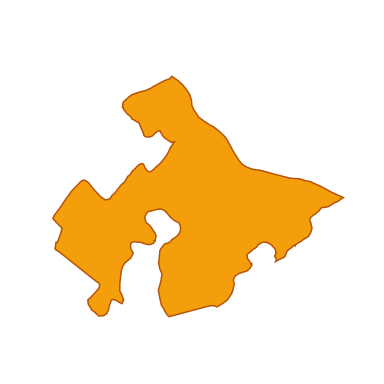 Al-Rahmaniyya, Al Buhayrah, Egypt, rotated 347°
{"feature_id": "37247803B62002284809719", "entity_name": "Al-Rahmaniyya", "entity_type": "district", "adm_level": 2, "iso_a3": "EGY", "parent_name": "Egypt", "parent_adm1": "Al Buhayrah", "projection": "albers", "projection_center": [30.587, 31.107], "detail": "fine", "context": "isolated", "style": "filled", "palette": "amber", "viewbox_px": 384, "rotation_deg": 347, "n_neighbors": 0, "source": "geoboundaries", "source_scale": "gbopen_adm2", "svg_char_len": 6019}
<svg xmlns="http://www.w3.org/2000/svg" viewBox="0 0 384 384"><g transform="rotate(347 192 192)"><path d="M50.5,186.4L52.3,189.8L53.0,191.1L54.6,193.7L56.7,197.1L57.3,198.2L55.6,201.1L54.6,203.2L53.1,205.5L52.6,206.1L50.7,209.0L49.5,210.7L48.2,210.3L47.4,212.6L45.7,216.6L47.1,218.6L48.0,219.3L49.0,220.4L49.5,221.0L50.2,221.9L51.3,223.2L52.9,225.2L55.7,228.8L59.1,233.1L60.8,235.2L64.6,240.0L70.3,247.2L72.3,249.7L75.7,253.9L79.0,258.1L79.4,258.4L80.4,259.3L81.1,261.2L81.0,261.9L80.7,262.9L80.1,264.4L79.7,264.6L78.4,265.7L76.8,266.9L74.9,268.3L73.9,268.9L73.2,269.4L71.9,270.3L70.1,271.6L66.2,273.7L65.7,277.8L66.8,281.2L67.7,284.3L69.8,286.7L73.4,292.0L78.3,292.6L81.8,291.2L82.3,290.0L82.8,289.5L83.4,289.1L83.7,288.6L84.1,288.2L85.1,286.0L85.6,284.4L86.8,282.9L87.2,282.3L87.5,281.6L88.2,280.3L90.4,278.7L93.5,280.3L95.8,282.7L98.6,285.0L99.5,283.9L100.0,283.2L101.1,281.7L100.6,277.1L99.4,271.8L99.9,270.1L101.0,265.3L102.0,262.3L103.6,258.0L105.4,252.9L107.6,249.0L111.0,245.8L117.2,242.8L121.0,238.4L119.5,233.3L120.7,228.2L122.5,227.7L123.6,227.3L125.1,227.6L127.1,228.4L131.6,229.9L132.0,230.3L133.0,231.1L134.6,231.8L135.6,232.5L138.4,233.7L139.8,233.8L141.4,233.5L143.1,233.2L144.1,231.1L145.0,231.7L145.5,230.6L146.1,228.8L147.1,226.8L146.9,225.0L146.9,224.3L146.0,221.8L144.3,217.3L143.0,214.6L141.7,213.0L140.5,211.7L140.3,210.1L140.2,208.7L140.3,207.5L140.4,206.0L140.6,205.5L141.2,204.4L143.8,201.9L145.1,201.1L147.2,201.3L148.6,201.3L149.1,201.3L150.9,201.2L152.5,201.1L153.1,201.1L155.3,201.0L155.9,201.2L157.9,201.7L158.8,202.1L159.5,202.7L160.8,203.7L162.2,205.7L163.9,208.8L164.3,209.5L164.7,210.5L165.1,211.5L168.1,215.4L168.9,216.4L170.5,217.5L171.5,218.2L171.9,218.8L172.4,219.8L173.0,221.7L172.8,224.7L172.4,225.2L171.9,227.2L170.9,228.6L170.4,229.2L169.5,230.2L169.0,230.5L167.0,231.8L166.6,232.0L163.9,233.0L162.0,233.7L160.6,234.8L158.8,235.9L157.6,236.1L153.3,236.6L152.1,237.6L150.1,239.2L147.6,241.7L146.9,243.8L146.0,246.3L144.7,250.3L144.2,251.7L143.6,253.4L143.5,255.3L143.4,257.8L143.4,259.9L143.7,261.7L144.1,263.8L144.4,265.1L143.4,267.5L141.5,272.2L137.2,279.9L136.9,285.6L136.7,289.6L136.8,295.8L138.1,299.3L138.9,302.6L139.9,305.4L141.5,308.3L182.3,306.9L183.1,307.0L183.8,307.0L184.6,307.1L186.6,307.4L187.5,307.7L188.5,308.1L190.0,309.4L191.5,309.3L193.4,308.5L195.5,307.9L197.1,307.5L202.5,304.9L207.2,300.4L209.4,297.5L212.4,291.3L212.6,286.8L214.8,283.8L219.5,281.9L227.9,281.3L229.5,280.4L231.1,279.5L233.1,277.5L233.8,276.9L234.1,274.9L233.2,275.4L232.9,274.4L232.8,273.9L232.3,272.4L232.2,271.4L231.1,269.3L231.0,268.8L231.4,266.7L231.4,265.9L231.6,265.4L232.7,264.7L233.7,264.2L234.4,263.9L235.5,263.4L236.7,262.9L237.8,262.2L239.1,261.6L240.2,261.2L241.1,260.8L242.2,260.4L243.2,259.4L244.2,258.7L244.7,258.2L245.5,258.0L246.4,257.9L247.1,257.4L248.8,256.9L250.9,257.1L252.5,257.4L254.3,258.5L255.1,259.2L256.8,260.7L257.3,261.1L259.1,264.3L260.1,266.5L260.3,268.3L260.2,269.2L260.1,270.2L260.1,270.7L259.4,271.4L258.7,272.3L258.2,272.8L258.0,273.3L258.4,274.4L259.0,276.1L259.2,276.7L257.8,278.5L261.4,277.6L267.6,276.1L270.6,272.1L271.1,271.3L271.5,270.8L273.2,270.0L273.9,269.5L274.6,269.3L275.4,269.0L276.1,268.8L277.4,268.1L278.0,267.7L279.4,266.8L280.4,267.8L281.1,266.7L282.6,266.0L283.5,265.7L284.3,265.4L285.3,265.2L286.2,265.0L286.9,264.6L287.6,264.3L288.3,264.0L290.1,263.2L293.6,262.2L295.0,261.8L296.5,260.3L298.3,258.6L299.3,256.8L300.2,255.3L300.8,254.0L300.8,251.7L300.8,248.3L300.3,245.7L300.7,244.6L302.9,242.9L305.7,241.6L307.2,241.3L309.1,240.2L311.5,238.9L314.9,236.3L318.1,236.9L319.9,236.9L321.7,236.9L324.0,236.1L325.0,235.8L326.4,235.2L327.2,234.9L327.9,234.7L329.3,234.4L331.9,234.0L333.8,233.2L335.2,232.5L337.8,231.7L338.3,231.5L328.6,224.2L318.4,215.2L309.1,208.2L304.2,206.1L300.4,203.6L290.7,200.6L280.7,195.5L273.0,191.4L263.8,186.4L256.4,183.6L251.1,180.2L247.5,176.8L245.2,172.5L241.8,163.2L237.6,148.1L236.2,145.1L232.5,139.5L227.6,133.3L224.5,130.7L219.5,125.5L215.2,120.4L214.1,116.9L212.3,112.5L211.8,110.0L211.5,108.6L211.4,106.7L212.0,103.8L212.0,100.8L211.8,97.3L210.7,93.8L209.2,90.0L206.8,85.2L203.8,80.8L198.4,74.7L198.0,75.1L197.0,75.8L195.8,76.6L190.1,77.3L187.5,78.0L182.6,79.3L181.5,79.5L180.4,79.9L177.2,80.8L174.9,81.7L173.6,81.9L170.6,82.6L168.7,82.7L166.7,82.7L165.9,82.7L163.2,82.9L162.5,83.0L161.8,82.9L160.0,83.1L157.4,83.4L155.8,83.5L153.0,84.7L151.9,85.2L149.7,86.4L146.0,88.5L144.7,89.7L144.5,90.4L143.8,92.7L143.5,93.3L143.2,93.9L143.9,94.2L143.9,95.0L144.0,96.2L146.4,101.2L148.6,104.0L149.5,105.3L149.8,107.1L153.2,110.3L155.9,112.9L156.2,114.6L157.0,119.6L157.2,120.4L157.6,121.9L157.7,123.5L157.9,126.0L158.9,127.6L163.2,129.0L165.6,128.5L166.4,128.3L167.4,127.6L168.1,127.1L169.4,126.3L169.8,126.0L172.9,125.1L174.4,125.2L176.3,131.1L176.5,131.5L177.6,133.3L179.5,135.3L180.1,136.0L180.8,136.7L183.1,139.2L184.2,139.1L185.2,139.0L186.2,139.2L183.8,141.3L181.4,143.4L181.1,143.9L180.1,145.1L178.9,146.6L177.1,148.8L176.1,149.8L175.2,150.7L174.3,151.6L173.0,152.7L172.5,153.1L171.4,153.9L169.1,155.8L168.2,156.4L166.8,157.4L165.3,158.1L164.8,158.4L163.6,158.9L162.2,159.8L161.5,160.2L160.6,160.8L159.4,161.4L157.8,162.3L157.0,162.6L156.0,162.9L154.8,162.5L154.0,162.2L153.3,161.2L152.8,160.4L152.5,159.8L152.0,158.6L151.7,158.1L151.4,156.2L151.0,154.1L150.0,153.1L146.9,153.2L145.4,154.1L142.8,155.7L140.6,157.2L138.1,158.4L137.1,159.6L136.1,160.7L135.5,161.2L134.6,161.6L133.2,162.2L131.8,163.6L128.8,166.9L126.4,168.1L125.0,168.8L120.6,172.2L118.4,174.2L115.8,176.1L114.7,176.7L113.5,177.2L112.2,178.4L110.7,180.1L108.2,180.2L105.7,180.3L104.3,178.6L102.8,176.9L102.0,176.0L101.2,174.8L100.3,173.2L99.0,171.0L98.0,169.3L96.8,167.0L95.7,164.9L95.1,163.7L94.4,162.2L93.5,159.9L92.7,159.0L92.1,158.3L90.0,156.3L88.7,156.3L87.2,156.2L85.0,157.4L82.8,158.9L80.6,160.3L75.4,163.7L73.3,165.3L71.0,167.6L69.7,168.6L67.1,170.8L64.8,173.0L62.7,175.1L60.4,177.2L58.4,178.9L56.9,180.1L56.2,180.7L54.5,182.1L53.3,183.2L52.1,184.2L51.0,185.8L50.5,186.4Z" fill="#f59e0b" stroke="#b45309" stroke-width="1.5"/></g></svg>